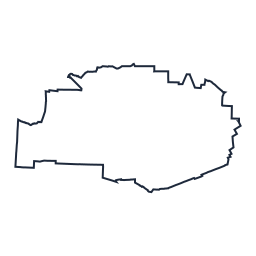 the district of General Enrique Estrada, Zacatecas, Mexico
{"feature_id": "50627088B25057749099085", "entity_name": "General Enrique Estrada", "entity_type": "district", "adm_level": 2, "iso_a3": "MEX", "parent_name": "Mexico", "parent_adm1": "Zacatecas", "projection": "albers", "projection_center": [-102.806, 23.015], "detail": "fine", "context": "isolated", "style": "outline", "palette": "slate", "viewbox_px": 256, "rotation_deg": 0, "n_neighbors": 0, "source": "geoboundaries", "source_scale": "gbopen_adm2", "svg_char_len": 5228}
<svg xmlns="http://www.w3.org/2000/svg" viewBox="0 0 256 256"><path d="M210.3,81.3L208.9,80.7L208.6,80.8L208.2,81.1L205.3,79.6L205.2,81.1L205.1,81.8L204.4,84.6L204.4,84.8L202.9,84.8L201.3,84.8L200.7,88.1L199.5,88.0L198.2,87.9L197.6,87.9L194.9,87.6L192.8,82.2L189.7,74.5L189.7,74.4L189.4,74.4L186.7,74.3L183.6,81.4L182.5,84.1L178.7,84.2L178.7,82.4L168.3,82.2L168.3,80.3L168.2,78.2L168.2,75.9L168.2,71.3L162.7,71.3L160.7,71.3L158.4,71.3L156.2,71.3L154.2,71.4L154.3,71.0L154.3,69.4L154.3,66.2L153.6,66.2L148.7,66.2L141.6,66.2L137.0,66.2L134.9,66.2L133.8,63.9L133.1,64.2L132.7,64.5L131.9,65.5L130.3,66.2L127.8,66.2L124.7,66.2L121.9,66.2L120.7,67.1L119.9,67.6L118.0,68.5L116.5,68.5L112.4,66.3L111.7,66.4L111.3,66.4L111.0,66.5L110.2,66.3L109.3,66.3L108.8,66.2L107.9,66.7L106.7,66.5L102.6,66.2L101.2,67.2L100.2,67.5L98.9,67.7L98.3,67.7L98.0,67.3L97.4,67.3L97.1,68.2L96.9,69.8L96.5,70.3L96.1,70.9L96.0,71.3L95.9,71.6L94.8,71.5L93.6,71.6L92.3,71.8L90.8,71.7L89.1,71.8L87.8,71.5L86.5,72.4L85.5,72.7L84.2,74.2L83.1,75.3L82.3,76.4L81.8,76.9L81.2,77.4L81.0,77.8L80.1,77.4L79.3,77.2L78.8,76.8L78.5,76.7L78.4,76.3L78.2,76.2L77.9,75.9L77.0,76.3L76.5,75.9L75.9,75.5L74.6,75.5L73.9,75.2L73.5,75.0L73.1,75.0L72.8,74.9L72.2,74.0L71.7,73.9L71.1,73.8L70.8,73.8L70.6,73.8L70.2,74.0L69.9,74.3L69.7,74.6L69.6,75.1L68.9,75.1L68.6,76.1L68.5,76.4L68.2,76.5L68.1,77.0L69.6,77.0L69.8,77.2L70.3,77.3L70.3,77.8L70.8,77.8L72.5,79.5L77.8,84.8L81.5,88.6L81.4,89.8L81.3,90.3L80.7,90.3L80.0,90.2L79.0,90.0L77.0,89.8L75.6,89.8L62.7,89.7L57.6,89.6L57.5,91.2L54.1,90.8L49.4,90.2L49.2,91.8L45.7,91.3L45.8,91.9L45.8,92.2L45.8,92.7L45.8,93.2L45.8,93.9L45.8,94.8L45.9,95.1L45.9,95.8L45.9,96.3L45.9,96.8L46.0,97.7L46.0,98.3L46.0,98.9L46.0,99.6L46.1,101.2L45.9,101.8L45.8,102.8L45.8,103.7L45.7,104.6L45.6,105.8L45.5,107.0L45.4,108.0L45.3,108.8L45.2,109.8L45.1,111.0L44.9,111.9L44.6,112.7L44.3,113.6L43.8,115.1L43.4,116.4L42.7,118.4L42.3,119.4L41.4,122.1L40.5,122.1L40.2,122.1L39.9,122.1L39.8,121.9L39.5,122.0L39.3,122.1L39.0,122.0L38.6,122.0L38.3,121.9L38.2,122.1L37.7,122.3L37.4,122.8L37.1,123.0L36.9,123.3L36.6,123.4L35.6,123.6L35.2,123.5L34.7,123.4L34.5,123.5L34.4,123.4L34.2,123.5L33.9,123.5L33.7,123.5L33.5,123.8L33.1,123.7L32.8,123.8L32.6,123.8L32.4,124.0L32.2,124.2L31.8,124.5L31.6,124.7L31.3,124.9L31.1,124.9L30.8,125.1L30.5,125.0L30.3,125.0L30.1,124.8L29.9,124.7L29.5,124.4L29.4,124.3L29.1,124.2L28.9,124.0L28.7,123.9L28.5,123.6L28.3,123.5L28.0,123.5L27.8,123.4L27.5,123.3L27.1,123.3L26.7,123.2L26.4,123.0L26.1,123.1L25.8,122.9L25.5,122.9L25.4,122.7L25.2,122.6L25.0,122.4L24.4,122.4L24.3,122.2L23.8,122.2L22.9,122.0L22.4,121.6L22.1,121.6L21.8,121.6L21.7,121.5L21.2,121.4L20.9,121.2L20.6,121.1L20.3,120.8L20.0,120.8L19.5,120.5L19.4,120.3L19.1,120.2L18.2,119.6L18.0,121.6L17.9,124.1L17.9,125.0L17.5,130.7L17.1,142.0L16.8,144.6L16.5,149.1L16.3,152.0L16.2,152.7L16.0,156.7L15.4,166.8L20.4,167.1L21.9,167.3L23.6,167.4L24.7,167.4L25.1,167.4L33.8,167.8L34.1,161.1L35.7,161.2L37.0,161.3L37.4,161.3L39.6,161.6L40.0,161.6L42.3,161.0L43.7,160.7L44.1,160.6L47.7,160.8L47.9,160.8L49.8,160.8L50.2,160.8L51.8,160.9L52.0,160.9L53.2,160.9L55.7,160.9L55.7,163.4L75.5,164.2L78.9,164.3L79.4,164.2L80.9,164.3L87.4,164.5L91.3,164.6L103.0,164.8L103.1,167.0L103.0,168.9L102.8,174.7L102.7,177.7L111.4,180.3L112.4,180.6L116.3,181.9L115.7,181.1L115.8,180.3L116.8,180.0L118.1,179.7L119.6,179.5L121.0,179.3L121.0,179.9L123.4,180.0L124.0,180.1L124.8,180.0L126.6,179.9L129.3,179.8L130.2,179.7L130.4,179.6L131.3,179.5L132.5,179.5L133.4,179.4L135.0,179.3L135.0,179.6L135.0,180.5L135.0,181.5L135.0,182.6L139.7,185.2L139.7,185.5L141.3,186.3L142.0,186.3L142.0,186.8L142.5,186.8L143.4,186.8L144.3,187.8L145.7,188.8L147.0,189.7L147.8,190.2L147.8,190.6L148.2,191.2L148.9,191.7L150.3,191.9L151.4,192.1L153.3,189.4L155.1,189.5L156.4,189.6L157.4,189.6L159.0,189.7L159.6,189.1L160.6,188.9L161.8,188.8L163.4,188.8L163.9,188.8L164.1,188.8L164.5,188.6L166.4,188.5L167.4,188.3L168.1,188.4L168.7,187.9L169.0,187.8L169.6,187.5L170.1,187.4L170.4,187.2L170.9,187.1L171.2,187.0L171.7,186.8L171.9,186.7L172.0,186.6L172.6,186.4L174.5,185.6L175.0,185.4L175.3,185.3L176.2,184.9L176.9,184.7L180.6,183.3L184.8,181.5L185.0,181.5L186.9,180.8L188.1,180.3L190.6,179.4L190.9,179.3L192.2,178.7L192.9,178.4L194.1,178.0L194.7,178.9L198.1,177.7L201.6,176.4L201.8,176.2L202.3,175.9L201.5,174.8L202.1,174.5L205.8,173.1L206.6,172.8L207.3,172.4L207.9,172.1L209.1,171.7L210.2,171.3L210.4,171.3L212.6,170.4L215.9,169.1L219.5,167.8L224.4,165.8L224.8,165.6L224.9,165.3L225.7,165.0L226.6,164.6L226.9,164.7L227.5,164.5L228.5,159.3L227.8,157.7L230.5,156.8L229.4,154.9L231.5,153.8L230.6,152.1L229.5,150.1L233.5,147.4L232.9,142.2L232.5,136.5L236.9,133.9L234.5,129.6L240.6,125.8L238.4,121.3L238.3,121.2L239.0,121.2L239.0,118.7L238.8,118.7L231.6,118.5L231.7,116.3L231.7,116.0L231.8,110.7L231.8,109.8L231.9,106.1L228.8,106.0L222.4,105.6L222.1,105.4L222.1,103.8L222.2,100.8L222.2,100.7L222.4,97.7L222.5,96.4L223.2,95.1L223.4,94.6L223.4,94.1L223.5,93.7L224.7,92.6L225.1,92.3L223.0,91.9L222.6,91.8L222.4,91.5L222.1,91.2L221.9,90.9L221.6,90.5L221.2,90.3L220.8,90.1L220.3,89.6L219.1,88.6L218.3,87.9L217.6,87.3L215.1,84.9L214.5,84.4L213.4,83.7L212.6,83.0L211.8,82.2L211.6,81.9L210.9,81.6L210.3,81.3Z" fill="none" stroke="#1e293b" stroke-width="2"/></svg>